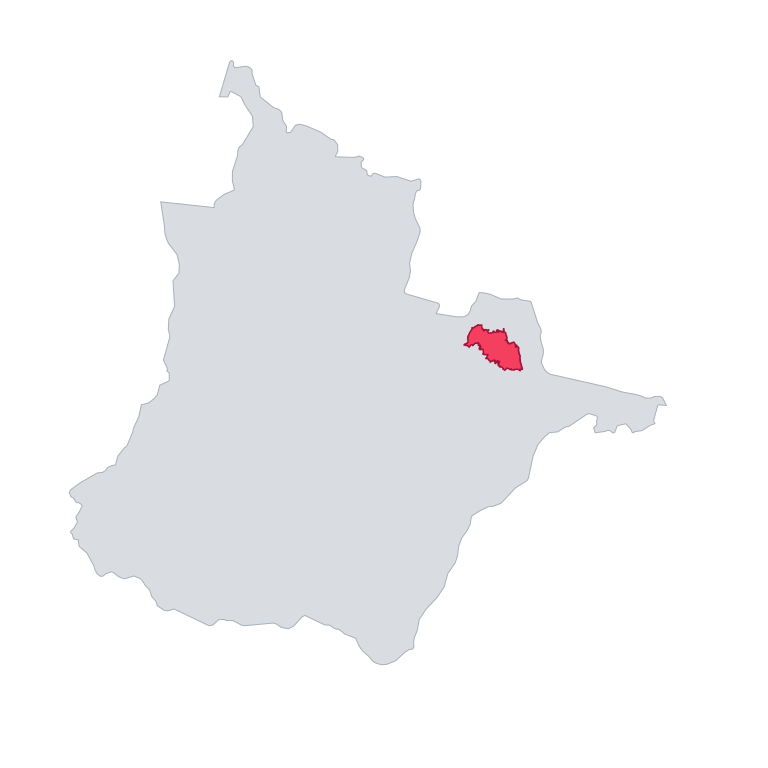 Feshi, Bandundu, Democratic Republic of the Congo (highlighted), rotated 194°
{"feature_id": "63176286B93121803325272", "entity_name": "Feshi", "entity_type": "district", "adm_level": 2, "iso_a3": "COD", "parent_name": "Democratic Republic of the Congo", "parent_adm1": "Bandundu", "projection": "orthographic", "projection_center": [18.318, -6.306], "detail": "fine", "context": "in_parent", "style": "filled", "palette": "rose", "viewbox_px": 768, "rotation_deg": 194, "n_neighbors": 0, "source": "geoboundaries", "source_scale": "gbopen_adm2", "svg_char_len": 9353}
<svg xmlns="http://www.w3.org/2000/svg" viewBox="0 0 768 768"><g transform="rotate(194 384 384)"><path d="M644.7,506.7L591.4,514.1L592.3,517.3L591.8,520.5L590.3,523.0L584.7,529.6L576.5,535.7L576.4,537.2L580.2,544.2L582.5,553.7L581.4,570.4L582.3,574.9L582.0,578.4L579.2,582.3L573.1,602.2L576.4,611.9L586.5,621.2L592.3,628.1L602.5,630.7L604.1,630.4L605.0,624.8L613.2,622.8L611.7,658.5L611.0,660.4L609.5,660.9L607.6,659.7L607.1,656.3L605.0,654.8L594.9,658.9L592.3,658.8L589.6,658.0L587.7,656.1L587.2,653.4L580.6,642.9L577.2,642.1L573.6,632.6L558.1,625.5L552.0,624.9L548.9,622.7L546.0,615.3L540.9,610.4L539.9,605.2L538.8,604.4L535.6,605.4L532.5,613.7L528.9,615.6L522.4,615.7L506.1,613.0L494.6,608.6L491.5,608.8L486.9,604.9L485.1,598.5L486.3,593.5L485.5,592.8L467.5,596.7L463.1,599.2L459.1,598.5L457.9,597.1L459.7,593.7L458.9,590.0L457.6,588.3L452.4,586.9L450.8,582.9L447.6,582.3L446.5,582.9L445.6,585.6L443.6,586.4L433.0,585.0L421.7,588.4L406.8,587.3L399.7,591.5L398.6,591.3L397.1,589.2L395.8,582.4L396.6,580.6L398.8,579.3L399.6,576.5L399.0,569.5L399.6,567.9L398.9,563.8L396.7,557.3L393.6,552.1L386.9,544.1L385.7,540.4L386.3,531.5L388.6,517.5L388.4,507.1L385.7,500.3L385.2,493.0L387.1,479.9L385.4,476.8L351.0,475.5L349.6,474.5L348.9,472.7L350.5,464.9L329.6,466.8L323.3,468.3L319.4,471.4L318.1,475.4L317.9,481.1L314.8,486.5L313.8,495.7L308.0,496.7L302.2,496.7L291.1,494.8L280.2,497.4L274.9,499.9L272.1,498.7L262.3,499.6L261.0,498.9L249.8,480.8L244.8,474.8L243.9,471.8L244.3,469.0L242.9,465.2L237.7,455.9L236.7,451.6L236.9,444.8L236.3,442.5L231.6,436.7L228.5,434.7L225.0,433.7L168.8,434.9L150.2,433.9L136.7,434.8L129.8,434.4L127.9,433.5L121.7,434.8L118.5,437.3L113.6,438.7L110.6,438.2L104.8,431.5L112.7,430.2L113.2,429.6L113.6,413.4L111.5,411.1L115.7,408.3L122.5,401.1L129.2,398.5L130.0,397.1L131.5,397.1L133.9,400.1L139.7,403.9L146.9,400.4L147.6,399.5L148.5,392.5L150.3,391.9L153.4,393.4L155.1,393.4L158.2,391.4L167.3,387.8L170.0,392.2L167.6,396.2L168.7,399.1L168.9,403.5L170.4,404.5L177.7,404.9L179.8,403.8L194.0,387.9L197.8,386.0L203.8,379.6L211.8,376.7L215.3,371.8L219.9,362.8L221.9,350.0L221.1,327.9L221.8,324.9L231.4,314.9L241.4,296.8L248.1,292.0L253.2,290.1L261.0,283.5L267.2,276.8L266.4,268.8L267.8,262.2L271.2,253.8L272.3,244.9L271.1,235.5L271.6,227.9L276.2,215.7L276.6,201.7L280.8,189.9L289.0,175.1L292.9,164.0L292.1,153.1L293.2,145.1L292.8,140.3L291.3,136.2L292.0,133.7L295.2,132.6L299.0,128.5L306.0,117.9L313.5,112.7L318.7,111.0L324.2,111.2L327.7,112.2L333.5,116.4L340.1,119.7L345.0,123.9L349.9,130.4L361.6,131.9L366.6,134.3L369.7,135.2L370.8,134.6L373.2,134.9L378.7,136.9L383.1,135.9L404.8,140.3L407.2,138.2L413.2,127.1L417.7,123.3L425.0,123.0L430.8,125.2L433.9,125.2L460.3,115.9L463.7,115.5L473.3,117.9L479.5,116.4L482.1,116.9L487.4,115.3L491.8,108.7L495.4,107.1L533.3,114.9L539.0,111.5L541.8,111.1L550.2,113.9L552.8,118.0L557.9,121.6L561.6,127.5L567.2,130.9L570.1,134.1L573.4,136.3L580.2,137.2L588.9,132.1L595.0,132.8L601.2,135.8L603.3,135.7L607.9,132.7L610.3,129.5L612.7,128.8L616.3,130.3L619.3,133.5L622.0,138.0L631.5,148.2L640.6,152.7L643.0,158.9L646.2,158.4L647.9,159.0L650.3,163.0L651.9,163.8L652.3,165.4L650.0,169.0L648.0,176.0L650.8,180.4L648.6,186.6L647.4,193.1L650.4,194.8L654.2,194.8L657.7,198.2L660.4,198.8L663.2,202.5L662.6,205.5L653.8,215.8L640.5,228.5L635.9,230.0L633.6,232.3L632.0,236.1L628.1,239.2L625.0,240.4L624.8,249.8L620.3,259.5L618.5,261.4L616.1,277.3L616.5,280.0L614.0,293.0L614.4,305.1L607.8,308.7L603.3,314.6L601.3,318.7L601.3,328.6L593.9,334.5L593.3,335.8L595.1,342.8L597.8,344.0L597.8,346.3L603.8,353.9L603.2,376.9L603.5,379.2L606.5,384.7L608.5,395.2L605.9,408.5L613.7,433.0L609.8,441.8L611.4,450.4L616.1,459.5L627.3,468.5L630.2,472.2L633.0,477.2L635.5,484.8L644.7,506.7Z" fill="#d9dde1" stroke="#a8b0b8" stroke-width="1"/><path d="M291.3,433.4L291.0,433.3L290.9,433.4L290.5,434.1L290.3,434.2L289.8,433.6L289.0,433.6L288.7,433.2L288.1,432.7L287.7,432.2L286.7,432.1L286.5,431.9L286.2,431.1L285.8,431.7L285.4,431.6L284.8,432.2L284.6,432.7L284.0,432.8L283.8,433.4L283.6,433.6L283.2,433.7L282.9,433.7L282.6,433.6L282.8,433.1L282.6,432.9L282.5,433.0L282.3,433.5L281.9,433.8L281.7,433.5L281.8,432.5L281.7,431.9L281.4,431.2L281.1,430.8L280.9,430.9L280.8,431.1L280.6,431.1L280.6,431.4L280.4,431.9L280.0,432.1L280.0,432.5L279.9,432.8L279.8,433.1L280.0,433.2L279.6,434.1L279.3,434.1L278.7,433.7L277.6,433.8L277.4,433.6L278.0,433.3L278.5,433.0L278.6,432.8L278.7,432.3L278.5,431.9L278.4,431.7L277.6,432.3L277.5,432.1L277.5,431.5L278.1,430.8L278.1,430.5L278.0,430.3L277.2,430.0L277.3,429.4L277.0,429.3L275.5,429.3L275.4,428.5L274.4,428.9L273.5,428.9L273.1,428.7L272.3,427.8L272.0,427.7L272.0,427.2L270.9,426.9L270.3,426.6L270.1,426.6L270.0,426.9L269.3,427.8L268.7,429.0L268.3,429.2L267.7,429.2L267.3,429.0L266.7,429.0L265.7,428.8L265.3,428.5L264.9,428.5L264.7,428.7L264.0,429.3L263.7,428.7L263.2,428.6L262.8,428.8L262.2,428.9L262.0,429.0L261.0,429.0L260.7,429.7L259.7,430.2L258.9,430.4L256.9,430.6L255.8,430.0L255.2,429.8L255.1,430.1L255.6,430.9L255.5,431.2L254.7,431.4L253.6,431.5L253.4,431.6L253.3,431.9L253.3,432.1L253.5,432.4L253.8,432.6L254.0,433.2L254.2,433.4L254.2,433.5L254.4,433.6L254.2,433.8L254.4,434.1L255.0,434.4L255.1,434.8L255.1,435.1L255.3,435.4L255.3,435.7L255.5,436.1L255.6,436.4L255.8,436.4L256.7,437.5L256.6,438.0L256.8,438.2L257.0,438.1L257.2,438.8L257.4,439.0L257.5,439.4L257.4,439.5L257.5,440.1L257.8,440.2L258.0,440.2L258.0,440.4L257.9,440.5L258.1,440.8L257.9,441.1L258.2,441.5L258.2,442.2L258.5,442.5L258.5,442.9L258.6,443.1L258.5,443.6L258.7,443.9L258.9,443.9L258.9,444.1L258.8,444.4L259.0,444.5L259.2,445.0L259.4,445.1L259.6,445.3L259.7,445.5L260.1,445.9L260.0,446.0L260.4,446.4L260.5,446.3L260.7,446.9L260.6,447.2L261.0,447.5L261.1,447.9L261.1,448.3L261.4,448.4L261.4,448.8L261.6,448.8L261.8,449.0L261.7,449.2L261.7,449.4L261.9,449.8L261.7,450.7L262.3,452.1L263.0,452.5L263.3,452.6L264.8,451.8L265.3,451.8L265.6,452.2L265.6,452.7L265.2,453.0L264.5,453.2L264.4,453.4L264.4,453.6L264.5,453.7L264.7,453.8L265.1,453.5L265.4,453.5L266.2,454.1L267.3,455.4L268.1,456.0L268.5,455.9L269.6,455.0L270.1,454.9L270.4,454.5L270.7,454.1L271.0,454.1L271.1,453.7L271.5,453.9L272.1,453.8L272.4,453.2L273.7,453.7L273.8,454.1L273.6,454.5L273.8,454.7L274.3,454.5L274.6,454.6L274.6,455.0L274.8,455.7L275.1,456.3L275.4,456.3L275.8,455.8L276.1,455.7L276.7,455.8L276.4,456.3L276.0,456.7L275.9,457.2L275.8,457.5L275.9,457.9L275.8,458.3L275.9,458.9L276.4,459.5L276.6,460.3L277.2,460.5L277.6,461.2L277.7,462.1L277.8,462.2L278.2,462.6L278.4,463.1L279.6,463.6L280.2,464.2L281.1,466.6L281.3,466.6L281.4,466.3L281.1,465.1L280.7,464.7L280.5,464.3L280.6,464.0L280.3,463.2L280.6,463.0L281.6,463.1L282.0,463.6L282.4,463.6L282.5,463.0L283.0,462.9L283.5,463.4L284.4,463.6L284.8,463.6L285.1,463.1L285.1,462.9L285.3,462.9L285.4,462.6L285.8,463.2L286.1,463.2L286.1,463.5L286.3,463.9L286.4,464.0L287.1,464.0L287.4,463.7L287.6,463.0L287.5,462.9L287.4,462.4L287.0,462.2L286.8,461.8L286.9,461.6L289.8,460.9L290.1,461.7L290.2,461.9L290.4,461.8L290.8,461.5L290.6,461.1L290.6,460.8L292.1,459.4L292.8,459.5L294.6,458.7L294.8,458.8L295.3,459.1L295.8,459.6L296.0,460.0L296.0,460.5L295.4,461.3L295.4,461.7L295.6,461.9L296.0,461.8L296.5,461.0L296.7,460.8L297.1,460.9L297.7,461.4L298.0,461.4L298.3,461.2L298.7,461.3L298.8,461.2L299.0,461.1L299.5,461.0L299.6,460.2L300.0,459.8L300.1,460.0L300.1,459.8L300.3,460.2L300.2,460.3L300.4,460.9L300.8,461.0L301.0,460.8L301.6,460.9L301.7,461.0L301.8,461.5L302.2,461.6L302.5,462.4L303.2,463.6L303.4,464.8L304.8,464.5L305.3,464.2L305.5,464.2L305.9,464.0L306.1,464.2L306.4,464.2L307.0,464.2L307.2,463.7L307.4,463.7L307.5,463.4L307.8,463.1L308.0,463.1L308.2,462.6L308.5,462.5L308.8,462.4L309.0,462.2L309.3,462.0L309.4,461.8L309.7,461.6L310.0,460.9L310.5,460.5L310.6,460.1L311.2,459.8L311.7,460.0L311.8,459.9L312.0,460.0L312.2,459.9L312.2,459.5L312.0,459.3L311.9,458.9L312.0,458.6L312.0,458.4L312.1,458.2L312.2,457.5L312.5,457.1L312.4,457.0L312.9,455.5L313.3,455.0L313.3,454.4L313.4,454.2L313.4,453.9L313.3,453.7L313.4,453.4L313.4,453.2L313.6,452.8L313.6,452.2L313.8,451.7L314.0,451.3L313.8,451.0L314.0,450.7L314.1,449.9L313.9,449.4L313.6,449.0L313.7,448.1L313.4,448.1L313.3,447.5L313.2,447.2L313.1,446.6L312.7,445.9L312.7,445.4L312.9,444.5L312.9,444.0L313.1,443.9L313.3,444.0L313.8,443.1L314.8,442.6L315.2,442.3L315.2,442.0L315.5,441.8L315.6,441.7L315.4,441.5L315.5,441.3L314.7,441.3L314.4,441.2L313.8,441.2L313.7,441.2L313.4,441.5L313.0,441.6L311.3,440.9L310.5,440.7L310.3,440.4L310.0,440.8L310.0,441.2L309.5,442.0L309.2,443.0L308.6,443.2L308.2,443.4L307.8,443.4L307.2,442.8L306.8,443.2L306.7,443.9L306.2,444.1L305.7,445.5L304.1,445.8L303.7,446.0L303.0,446.7L302.6,446.8L302.4,446.8L301.9,446.4L302.1,446.2L301.9,445.3L302.0,445.2L301.7,444.7L301.7,444.3L301.3,444.3L300.4,444.8L300.0,444.9L299.1,443.5L299.0,443.0L299.8,443.5L300.0,443.5L300.1,443.4L300.2,441.3L300.1,441.1L299.9,441.2L299.4,441.9L299.2,441.8L298.9,441.4L298.9,441.2L299.3,440.8L299.1,440.5L298.9,440.5L298.0,441.1L297.5,441.2L297.2,441.5L296.5,441.7L296.0,441.2L295.9,440.9L296.0,440.8L295.9,440.6L295.9,440.4L295.5,439.5L295.3,438.8L295.1,438.7L294.9,438.4L295.0,438.1L295.2,437.9L295.2,437.5L295.3,437.4L295.3,437.0L293.5,436.8L291.5,437.4L291.0,437.3L290.3,437.4L290.2,437.3L290.6,437.0L290.7,436.7L290.6,435.9L290.4,435.3L290.5,435.0L290.7,434.9L290.8,434.5L291.1,434.2L291.3,433.4Z" fill="#f43f5e" stroke="#9f1239" stroke-width="1.5"/></g></svg>